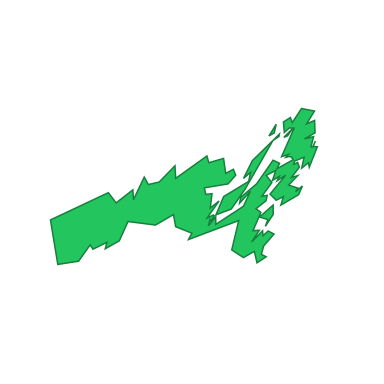 the district of Hábmer smj 2, Nordland, Norway, rotated 126°
{"feature_id": "86288312B17604167467724", "entity_name": "Hábmer smj 2", "entity_type": "district", "adm_level": 2, "iso_a3": "NOR", "parent_name": "Norway", "parent_adm1": "Nordland", "projection": "robinson", "projection_center": [15.771, 67.88], "detail": "medium", "context": "isolated", "style": "filled", "palette": "green", "viewbox_px": 384, "rotation_deg": 126, "n_neighbors": 0, "source": "geoboundaries", "source_scale": "gbopen_adm2", "svg_char_len": 1943}
<svg xmlns="http://www.w3.org/2000/svg" viewBox="0 0 384 384"><g transform="rotate(126 192 192)"><path d="M180.8,221.2L203.2,224.4L211.6,231.7L208.0,239.4L232.7,234.8L225.0,241.1L245.4,247.0L241.7,259.3L297.8,290.1L329.5,258.0L314.7,243.1L294.7,243.3L296.5,238.5L282.8,231.3L288.9,228.8L274.2,222.1L253.5,226.4L240.2,202.1L221.2,193.7L229.7,184.8L225.4,167.9L232.5,166.9L187.7,137.4L215.5,125.8L214.8,111.8L203.4,106.7L211.1,97.8L200.8,93.9L201.7,99.2L193.5,102.3L177.8,100.9L178.8,107.5L185.7,108.9L181.9,112.1L197.5,114.4L183.4,115.0L187.4,119.9L168.0,124.3L167.9,130.4L155.6,126.9L150.5,129.2L154.4,133.0L137.4,132.9L135.0,141.7L125.4,136.9L135.3,133.7L128.0,130.5L132.8,129.7L123.3,126.1L147.8,127.6L149.2,119.1L142.1,115.3L150.4,112.4L131.6,104.2L122.2,106.2L130.9,108.3L126.6,108.6L129.6,117.9L116.6,116.1L121.8,120.1L108.9,119.7L106.0,123.9L109.8,125.9L106.7,127.2L98.0,121.8L108.2,117.3L99.8,115.0L103.0,111.7L81.7,117.2L84.0,120.8L78.2,122.1L84.6,120.8L85.6,122.2L75.7,126.2L82.8,132.2L71.8,127.2L62.0,134.9L69.4,139.3L54.5,140.5L60.1,152.5L76.9,151.7L73.9,156.2L81.6,159.2L89.6,152.3L83.0,150.9L80.3,146.9L110.8,140.3L105.0,136.2L108.8,136.5L105.8,133.9L105.3,131.6L105.7,131.5L105.9,129.8L106.5,129.2L123.2,136.9L117.3,138.0L118.6,145.1L147.2,144.5L167.7,149.4L173.0,146.9L156.9,145.2L173.3,142.0L204.2,153.7L198.2,158.2L209.7,158.9L203.7,161.2L204.4,159.7L198.3,159.9L197.9,161.1L204.0,164.5L183.4,164.8L194.2,167.8L181.6,174.8L185.8,179.5L181.3,184.4L164.3,167.6L152.7,166.5L149.3,171.9L157.1,175.7L146.3,186.2L158.4,195.6L154.1,201.1L190.5,213.2L180.8,221.2ZM158.5,150.7L102.7,156.8L96.0,154.3L93.8,155.3L131.2,161.6L150.7,158.3L141.6,156.2L150.1,152.4L177.1,163.7L196.4,159.2L182.7,150.2L158.5,150.7ZM176.7,112.5L162.4,113.1L154.9,118.7L172.5,122.6L169.7,114.4L176.7,112.5ZM95.9,160.2L87.7,163.7L101.4,162.7L95.9,160.2ZM90.4,147.7L81.3,147.9L93.8,149.8L90.4,147.7Z" fill="#22c55e" stroke="#15803d" stroke-width="1.5"/></g></svg>